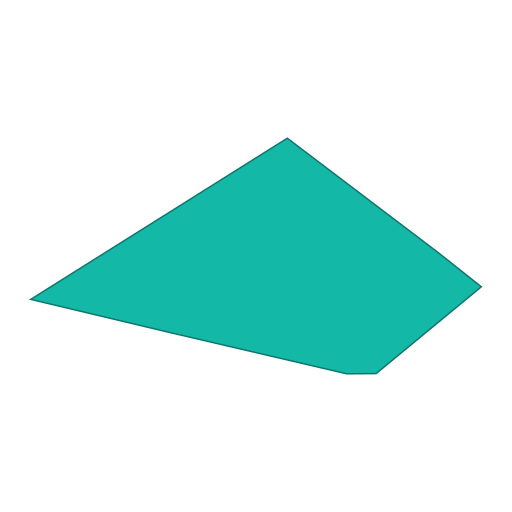 outline of Jeff Davis, Texas, United States of America
{"feature_id": "52423323B47004263581076", "entity_name": "Jeff Davis", "entity_type": "district", "adm_level": 2, "iso_a3": "USA", "parent_name": "United States of America", "parent_adm1": "Texas", "projection": "albers", "projection_center": [-104.238, 30.759], "detail": "fine", "context": "isolated", "style": "filled", "palette": "teal", "viewbox_px": 512, "rotation_deg": 0, "n_neighbors": 0, "source": "geoboundaries", "source_scale": "gbopen_adm2", "svg_char_len": 237}
<svg xmlns="http://www.w3.org/2000/svg" viewBox="0 0 512 512"><path d="M49.1,287.8L30.7,299.4L170.9,332.8L346.7,373.8L376.1,373.6L481.3,286.8L438.6,252.9L287.3,138.2L49.1,287.8Z" fill="#14b8a6" stroke="#0f766e" stroke-width="1.5"/></svg>